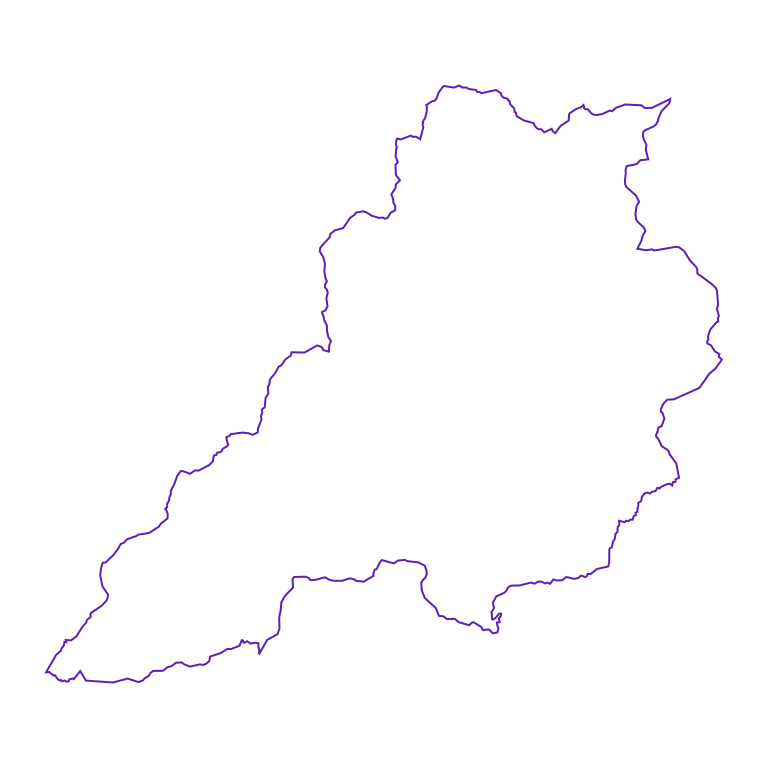 outline of Andreiasu De Jos, Vrancea, Romania
{"feature_id": "2599482B32209112842541", "entity_name": "Andreiasu De Jos", "entity_type": "district", "adm_level": 2, "iso_a3": "ROU", "parent_name": "Romania", "parent_adm1": "Vrancea", "projection": "mercator", "projection_center": [26.796, 45.716], "detail": "fine", "context": "isolated", "style": "outline", "palette": "violet", "viewbox_px": 768, "rotation_deg": 0, "n_neighbors": 0, "source": "geoboundaries", "source_scale": "gbopen_adm2", "svg_char_len": 6077}
<svg xmlns="http://www.w3.org/2000/svg" viewBox="0 0 768 768"><path d="M277.4,634.3L279.5,628.5L279.2,617.7L280.8,609.5L281.3,602.6L284.8,596.1L293.0,587.6L292.5,579.0L294.2,577.0L305.2,576.7L308.8,578.0L310.3,580.1L315.0,579.9L325.0,577.3L330.0,580.1L334.8,580.8L342.2,580.8L349.6,578.3L354.8,579.6L355.9,580.8L363.7,581.7L373.4,575.9L373.5,572.8L374.8,569.6L376.6,569.1L380.0,562.2L381.9,560.1L393.9,563.4L398.1,560.5L404.9,559.9L407.3,561.1L418.8,562.5L424.8,565.7L426.4,570.3L426.8,574.0L425.2,577.9L422.7,580.2L421.2,582.8L421.8,590.5L424.8,598.0L435.9,608.1L438.9,615.8L443.6,616.4L446.9,619.1L454.8,618.8L458.6,622.1L469.1,625.2L472.2,622.5L473.8,622.4L481.2,626.9L483.0,630.1L488.8,629.4L493.0,633.3L497.4,632.4L498.5,628.0L497.4,625.8L497.0,622.5L499.6,622.2L498.9,618.4L501.0,615.7L501.1,613.8L499.3,613.5L495.3,618.2L493.1,619.6L492.0,618.9L491.9,613.7L491.3,612.3L494.0,608.1L492.9,602.7L496.2,596.5L503.6,593.1L506.0,591.3L508.5,587.0L511.3,585.7L519.8,585.4L530.8,582.6L534.6,583.7L538.3,581.5L542.2,581.9L544.9,583.4L547.5,582.5L550.1,583.8L553.3,579.5L556.7,580.5L562.3,580.2L566.2,577.0L574.4,578.9L578.2,578.0L581.1,575.6L585.6,577.1L587.1,575.7L587.5,574.0L590.7,574.0L596.9,569.0L608.2,566.5L609.2,562.6L609.3,549.5L609.7,548.4L611.9,547.4L612.8,542.1L614.7,539.0L615.6,533.7L617.5,531.9L617.7,527.0L619.3,525.0L619.1,520.8L624.6,522.2L626.0,520.8L629.2,520.9L630.1,519.6L632.6,519.7L633.7,516.2L635.9,515.0L635.5,512.8L637.5,511.7L637.5,508.0L638.4,505.3L638.2,502.9L640.5,501.7L641.6,499.6L641.7,497.2L644.7,493.2L647.3,492.6L649.9,493.6L651.8,491.8L655.5,491.1L657.3,487.9L659.8,488.4L660.6,487.0L667.5,484.0L670.1,483.8L672.1,485.5L673.0,482.2L675.3,481.9L675.6,479.3L679.0,477.8L676.3,463.5L669.4,454.0L669.0,452.0L667.3,449.6L661.9,446.4L658.5,439.4L656.1,436.3L656.0,434.8L657.1,433.0L658.2,428.4L659.0,427.1L661.5,426.3L664.4,418.7L662.4,412.8L660.7,411.6L661.1,408.7L663.3,403.8L667.3,399.7L673.8,399.4L699.5,387.8L709.5,373.5L715.3,368.7L721.9,359.6L718.8,356.8L719.4,354.1L714.9,351.4L711.0,345.3L707.7,343.7L706.9,342.0L708.5,339.2L707.9,337.7L708.4,335.2L710.3,329.5L716.5,322.3L718.3,321.4L717.9,318.0L718.9,316.1L717.0,309.3L718.1,304.3L716.9,290.5L715.9,288.2L712.2,284.4L697.4,273.5L697.2,269.3L696.3,267.1L689.9,260.4L684.2,251.1L679.5,247.6L676.7,246.7L654.5,250.5L652.1,249.4L645.8,250.2L637.4,248.8L641.3,240.9L642.9,235.3L645.4,231.3L643.8,227.5L637.5,221.6L636.1,219.2L635.5,213.9L636.3,207.8L636.8,205.6L639.0,202.0L638.6,200.6L635.9,195.5L626.3,186.9L625.3,184.5L624.9,181.0L625.8,173.6L625.6,169.8L626.8,166.1L636.7,164.1L640.4,160.2L648.3,159.4L645.8,150.0L646.4,144.8L643.9,139.8L642.9,135.9L643.3,132.2L644.8,130.4L653.7,126.4L656.3,124.3L656.8,122.5L657.7,122.0L658.3,118.7L661.6,111.1L668.2,104.4L669.5,102.6L670.2,99.0L651.8,107.9L644.9,108.0L641.4,105.3L625.2,104.5L615.8,107.9L612.1,111.2L609.9,110.6L601.9,114.1L596.8,115.0L594.0,114.8L591.2,113.2L587.8,109.3L585.5,109.2L584.4,108.4L583.5,105.0L581.2,107.2L576.1,109.0L569.8,113.2L569.1,114.4L568.7,120.6L560.8,125.7L555.2,133.1L552.6,131.2L551.7,128.8L544.2,132.3L541.1,129.1L539.1,129.4L536.8,128.2L534.6,125.6L533.8,123.2L523.8,120.4L516.7,116.2L515.7,112.5L514.7,112.0L514.1,108.3L510.2,104.4L509.5,101.2L508.0,100.5L507.7,98.8L503.1,97.4L501.1,95.0L501.1,93.4L496.0,90.0L481.3,93.2L479.7,92.1L477.3,92.0L476.0,90.0L469.1,89.0L466.2,87.5L462.2,87.5L459.3,85.5L454.1,87.6L443.8,86.0L442.3,87.4L438.5,92.8L436.5,98.6L434.6,100.8L432.0,101.3L426.2,105.2L426.8,106.1L426.8,111.2L425.2,117.8L422.7,121.9L423.2,122.7L422.5,124.5L423.3,127.3L420.2,139.2L416.4,136.8L412.3,136.7L410.9,135.6L400.6,139.5L397.3,138.6L396.3,140.3L396.0,144.3L396.8,147.8L396.1,149.5L395.6,156.3L397.8,162.4L395.5,164.8L395.8,173.6L396.3,175.6L400.0,180.2L395.7,184.6L395.8,186.9L394.9,189.0L391.4,194.2L393.1,199.0L393.5,202.9L395.2,205.7L395.2,210.3L390.7,212.6L387.4,218.1L384.7,218.7L383.2,217.6L378.9,217.9L371.9,215.8L366.1,212.2L363.1,211.3L355.8,212.7L354.7,214.7L350.4,217.6L343.2,228.0L334.9,230.4L330.3,234.0L329.7,237.2L320.4,247.5L319.7,251.2L323.1,256.8L324.9,263.3L324.4,272.3L325.6,278.6L326.9,281.2L325.0,284.8L324.9,287.2L326.8,289.5L327.8,292.6L326.4,298.1L327.5,306.1L325.6,310.3L322.3,311.8L322.0,313.0L323.6,316.5L324.2,320.2L326.8,325.3L327.0,330.8L328.3,337.0L331.0,341.0L329.2,345.6L329.0,351.6L323.4,350.2L321.6,347.0L317.3,345.4L304.6,352.5L291.6,352.3L290.7,355.6L285.5,359.3L281.5,365.1L278.6,366.8L275.0,373.3L270.0,379.3L269.3,384.4L267.8,387.0L268.4,393.4L265.6,398.0L264.7,407.3L261.8,409.6L262.2,412.6L260.9,416.5L261.5,419.4L258.1,428.3L257.7,432.5L252.6,434.8L248.5,433.2L242.6,432.6L230.8,434.1L229.4,436.0L226.4,437.1L226.8,440.7L228.2,444.4L227.2,446.2L222.3,449.1L222.1,450.7L220.3,452.1L217.0,452.8L216.3,455.0L214.3,455.2L213.4,457.1L213.0,461.2L209.1,465.1L198.8,470.5L194.8,470.5L190.1,473.8L184.1,471.5L181.2,471.0L180.2,471.7L177.1,476.1L174.3,484.1L170.8,490.7L170.9,493.9L169.4,497.2L169.0,500.7L167.2,503.7L167.1,507.3L165.2,509.1L166.6,510.7L167.7,514.1L167.5,518.4L160.9,523.6L158.9,526.6L149.1,533.0L138.4,534.6L136.2,536.1L127.1,539.2L124.4,542.4L120.6,544.1L118.5,548.1L113.7,554.7L105.5,562.5L102.8,562.7L101.0,568.3L100.2,575.4L102.4,586.3L108.0,594.5L107.8,597.2L106.4,600.8L101.3,606.0L90.9,613.0L90.4,614.4L90.8,616.8L86.9,620.0L86.3,622.5L82.5,626.7L76.4,636.4L71.0,640.4L65.8,640.0L66.3,642.1L64.5,641.9L63.6,645.9L61.5,648.5L60.8,650.9L56.3,654.6L46.1,672.3L49.1,672.0L53.7,675.5L54.9,675.2L57.6,679.0L59.8,680.5L61.0,680.0L62.1,681.4L64.5,680.5L67.3,681.8L68.7,681.2L69.3,679.4L73.1,678.5L73.8,679.2L80.2,671.1L86.0,680.6L112.9,682.5L127.6,678.6L138.7,682.1L143.2,680.1L144.7,678.2L148.4,676.2L150.5,672.9L153.2,670.9L162.7,670.9L167.8,667.0L171.0,666.4L176.1,662.7L182.0,662.5L184.3,664.4L190.0,666.6L199.8,664.4L203.8,664.9L207.1,663.1L209.4,660.8L210.0,656.6L220.6,653.1L227.3,648.9L231.1,649.0L239.5,645.8L241.7,640.2L243.0,640.5L243.4,642.4L244.1,642.7L247.1,641.3L250.7,643.6L255.0,642.7L258.5,643.4L258.3,647.4L259.4,649.6L258.8,653.0L259.4,653.7L267.2,639.9L277.4,634.3Z" fill="none" stroke="#5b21b6" stroke-width="2"/></svg>